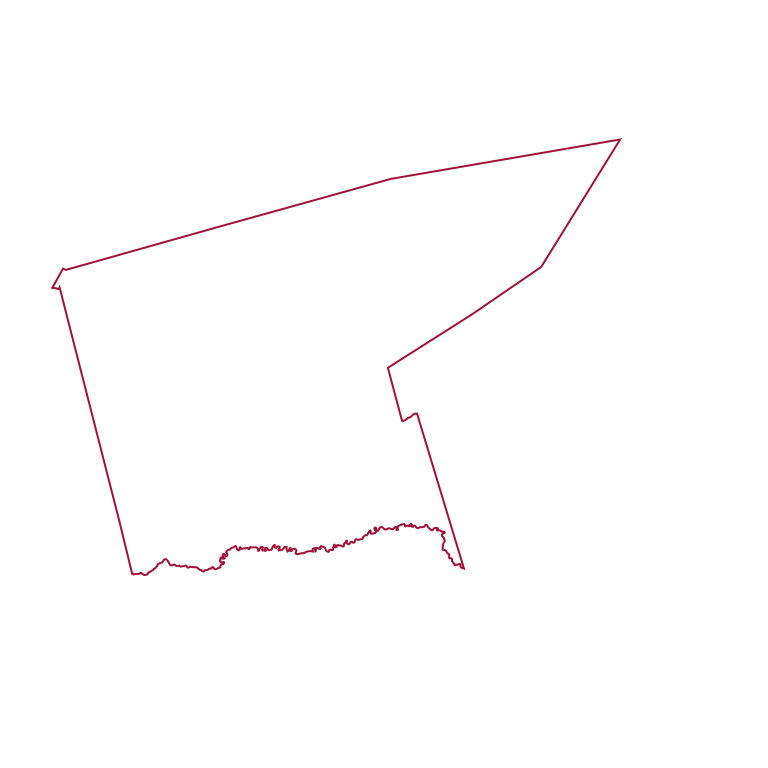 outline of Avellaneda, Río Negro, Argentina, rotated 164°
{"feature_id": "61730980B30095926529222", "entity_name": "Avellaneda", "entity_type": "district", "adm_level": 2, "iso_a3": "ARG", "parent_name": "Argentina", "parent_adm1": "Río Negro", "projection": "albers", "projection_center": [-66.022, -39.232], "detail": "fine", "context": "isolated", "style": "outline", "palette": "rose", "viewbox_px": 768, "rotation_deg": 164, "n_neighbors": 0, "source": "geoboundaries", "source_scale": "gbopen_adm2", "svg_char_len": 6165}
<svg xmlns="http://www.w3.org/2000/svg" viewBox="0 0 768 768"><g transform="rotate(164 384 384)"><path d="M360.4,346.5L361.5,346.4L361.7,346.7L362.4,347.0L363.0,347.0L364.5,346.6L367.1,345.1L368.8,344.8L369.9,344.8L373.3,343.5L375.4,343.2L376.0,343.6L376.8,343.7L375.8,398.5L280.6,426.6L200.6,453.2L89.6,554.0L320.9,579.3L502.9,580.7L552.6,580.9L658.3,581.4L660.7,583.4L676.3,567.9L672.8,566.4L672.1,565.7L671.1,565.2L670.2,565.4L669.2,566.4L676.3,322.4L678.4,271.1L678.0,271.1L677.4,270.1L677.1,269.9L675.0,269.9L672.6,269.1L671.7,269.3L670.5,269.1L670.0,269.4L669.4,269.3L668.5,267.8L667.2,266.5L666.6,266.3L664.0,266.2L663.4,266.5L663.1,267.1L662.7,267.5L656.9,268.9L656.4,269.7L655.0,269.9L654.1,270.4L652.8,271.3L652.1,271.5L651.3,272.9L650.9,273.2L646.2,273.8L644.3,275.5L643.8,275.8L642.9,275.9L642.2,275.8L641.5,275.2L640.9,274.1L640.4,273.0L640.0,270.8L639.3,268.7L637.2,268.0L636.2,268.3L635.2,268.3L633.9,266.4L632.2,265.9L630.7,265.8L630.4,265.0L629.7,264.5L625.8,264.1L624.7,264.2L624.3,264.0L624.0,263.5L623.7,262.0L623.3,261.6L621.9,261.4L620.8,261.8L618.0,260.5L617.0,260.3L614.3,259.2L613.9,258.7L613.6,258.0L612.4,256.3L610.8,255.4L610.5,254.3L609.7,253.7L609.0,253.5L607.6,254.3L605.0,253.9L602.8,254.6L601.9,254.6L601.3,254.3L600.7,254.3L599.8,255.2L599.3,255.2L598.9,255.1L598.5,254.5L598.3,253.4L597.6,252.6L596.4,252.3L595.5,252.3L593.9,252.9L592.1,252.8L591.8,253.0L591.4,254.1L590.8,255.0L590.0,255.3L588.1,255.2L587.4,255.7L587.0,256.3L587.0,256.8L587.7,257.2L589.3,257.4L590.3,258.3L590.5,259.2L590.4,259.6L589.5,260.1L589.6,260.9L589.3,261.7L588.7,262.0L588.1,262.0L587.7,261.7L587.3,260.8L586.9,260.4L585.8,260.2L585.3,260.3L585.1,260.9L586.3,262.4L586.4,263.3L585.9,264.4L585.4,264.8L584.7,264.6L584.1,263.9L583.5,262.2L582.8,262.0L582.1,262.3L581.6,262.8L581.4,263.7L582.0,265.7L581.6,266.6L580.5,267.3L579.2,267.5L577.8,267.2L576.3,268.3L575.6,268.6L573.9,268.4L572.4,269.1L571.4,269.1L571.0,268.6L570.8,266.1L570.5,265.2L569.7,264.3L569.1,264.2L568.6,264.5L568.1,266.0L567.3,266.7L567.0,266.4L566.7,265.4L566.5,264.9L565.3,264.6L564.2,264.7L562.3,264.2L561.7,264.4L560.9,264.2L559.2,262.4L558.8,262.5L558.5,263.0L558.4,263.8L558.0,264.0L557.4,264.0L556.3,263.4L552.3,262.4L551.4,261.8L551.0,260.7L550.6,259.7L551.0,258.4L550.5,258.2L549.9,258.4L548.7,260.0L547.7,260.9L547.3,261.2L546.4,261.2L545.7,260.8L545.4,260.1L546.7,258.7L546.9,258.3L546.7,257.6L546.4,257.4L545.4,257.2L543.9,256.2L543.3,256.4L543.4,256.8L544.1,257.9L543.6,258.9L543.1,259.1L541.7,258.6L541.3,257.8L541.2,256.8L540.7,256.2L540.0,255.8L538.5,255.6L538.3,255.8L537.7,256.0L536.7,256.8L536.6,257.5L536.0,258.2L534.7,259.1L533.9,259.4L533.4,259.3L533.5,258.7L533.8,258.5L534.3,257.7L534.0,257.0L533.4,256.6L533.0,256.3L532.5,256.3L532.2,256.4L531.8,256.9L531.2,257.1L530.2,257.0L529.7,256.8L529.3,256.4L529.2,255.8L529.6,255.0L530.8,254.3L531.1,253.7L531.0,253.0L529.2,252.7L528.1,252.7L527.1,253.0L525.6,253.8L524.9,254.5L524.1,254.6L523.2,254.5L522.5,254.0L523.1,252.7L523.2,251.9L522.9,249.6L522.0,249.9L519.9,252.1L519.4,252.2L519.0,252.0L519.0,251.6L519.9,251.0L520.4,250.1L520.3,249.7L519.6,249.1L518.9,249.0L517.6,250.2L516.6,250.5L515.5,250.4L515.0,250.1L514.3,249.2L514.1,248.2L514.3,247.6L515.4,246.3L515.5,245.4L514.7,244.6L513.9,244.3L512.9,244.1L510.2,244.1L507.3,243.4L505.9,244.0L503.6,244.1L500.9,243.7L498.5,242.5L498.5,244.1L497.8,245.1L496.6,245.4L495.3,245.3L495.7,244.5L496.1,242.7L496.0,242.0L495.9,242.0L495.7,242.2L494.9,243.9L494.5,244.4L493.6,244.7L493.2,244.7L492.6,244.4L492.2,243.8L490.6,243.1L490.2,243.7L490.3,244.7L490.0,245.1L489.2,245.5L488.9,245.4L487.1,243.9L486.2,243.3L485.8,242.2L485.7,240.0L485.2,239.1L483.9,238.0L483.5,238.1L482.8,238.7L482.5,239.4L481.2,239.5L479.4,238.6L478.7,238.7L478.1,239.4L478.0,240.0L478.3,240.7L478.1,241.0L477.0,241.2L476.8,241.5L476.7,242.7L476.5,243.0L476.0,243.2L475.7,242.9L475.5,242.2L476.0,240.8L475.7,240.4L474.6,240.4L473.5,241.8L473.0,242.0L472.5,242.0L471.9,241.4L470.3,240.7L469.6,240.3L468.9,239.4L468.1,239.1L467.5,239.1L467.2,239.5L466.4,241.4L464.8,242.3L463.2,243.8L462.8,243.7L462.7,243.4L463.7,242.0L463.6,241.2L462.5,239.7L461.9,239.6L461.3,239.8L459.9,241.1L458.9,241.4L458.5,241.4L458.0,241.0L457.7,240.3L457.2,239.8L456.1,239.9L455.6,240.4L454.6,242.2L453.6,242.5L452.0,241.4L450.8,241.1L450.2,241.2L447.6,241.0L447.0,241.3L447.0,241.9L446.7,242.2L444.5,243.6L442.7,243.7L441.9,243.4L441.4,243.8L440.2,245.3L438.3,246.8L437.6,246.8L437.3,246.3L437.6,245.5L438.1,244.8L438.0,244.2L437.5,243.7L435.3,243.2L433.7,243.2L432.9,243.5L432.4,244.1L432.4,244.8L433.0,246.0L433.2,247.6L432.9,248.2L432.4,248.5L431.7,248.2L431.3,247.5L431.6,245.5L431.3,245.1L430.8,244.7L430.1,244.6L429.5,245.0L428.5,246.3L427.4,247.1L426.3,247.4L425.1,246.8L424.2,245.5L423.7,244.4L422.8,243.8L422.1,243.6L418.9,244.0L415.9,242.0L413.9,242.7L413.2,243.3L412.3,243.5L411.7,243.2L411.6,242.6L411.8,241.8L412.1,241.1L412.2,240.4L411.8,240.0L411.2,239.8L410.7,240.4L410.7,241.4L410.5,242.1L410.0,242.9L409.4,243.6L405.2,244.0L403.3,244.0L403.1,243.7L402.9,242.9L403.0,241.7L402.8,241.3L399.7,241.3L399.5,241.1L399.2,240.5L398.6,240.3L398.3,240.3L397.7,241.3L397.1,241.8L396.5,242.1L396.0,241.2L396.6,239.8L396.6,239.3L396.0,238.8L395.4,238.8L394.5,239.6L393.5,239.4L393.2,239.1L392.5,237.1L392.2,236.8L391.1,236.1L388.7,236.4L385.6,235.6L384.4,235.9L384.0,236.4L382.8,237.1L382.2,237.0L381.5,236.0L381.0,233.9L378.8,230.5L377.8,230.1L375.6,231.4L374.5,231.6L373.8,231.5L372.1,230.5L372.1,230.2L373.1,229.5L373.3,228.6L372.9,228.4L371.4,228.4L370.8,228.0L369.5,226.5L366.9,225.3L366.6,224.8L366.7,224.3L366.9,224.1L367.6,223.9L369.1,223.9L369.4,223.8L370.0,222.7L370.1,222.1L369.5,220.6L368.8,219.4L368.7,217.4L368.9,216.5L369.1,216.0L370.6,214.7L371.7,213.0L373.0,209.5L373.2,208.5L370.7,207.1L370.4,206.8L370.3,205.8L369.7,204.1L369.5,203.6L368.3,202.3L368.4,201.5L369.0,200.2L369.3,199.1L368.9,198.3L367.6,198.1L367.0,197.6L366.9,196.8L367.2,195.8L367.4,194.9L366.9,193.5L366.0,192.0L366.2,190.8L365.9,190.3L364.6,190.5L363.3,190.0L362.8,190.2L360.5,190.0L360.3,189.7L360.3,189.4L360.7,187.3L360.6,186.5L360.0,185.9L358.0,184.6L360.4,346.5Z" fill="none" stroke="#9f1239" stroke-width="2"/></g></svg>